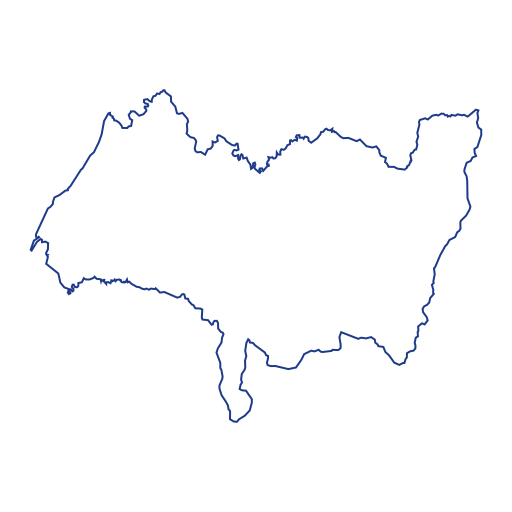 outline of López, Cauca, Colombia
{"feature_id": "7082276B33539636068872", "entity_name": "López", "entity_type": "district", "adm_level": 2, "iso_a3": "COL", "parent_name": "Colombia", "parent_adm1": "Cauca", "projection": "natural_earth1", "projection_center": [-77.202, 2.962], "detail": "fine", "context": "isolated", "style": "outline", "palette": "blue", "viewbox_px": 512, "rotation_deg": 0, "n_neighbors": 0, "source": "geoboundaries", "source_scale": "gbopen_adm2", "svg_char_len": 6049}
<svg xmlns="http://www.w3.org/2000/svg" viewBox="0 0 512 512"><path d="M478.4,110.4L475.9,109.7L467.7,116.6L464.0,114.8L461.9,115.3L457.6,114.3L455.4,115.7L451.5,114.9L450.5,116.4L449.2,115.9L447.8,116.6L447.1,115.1L445.1,115.3L443.7,113.8L441.4,113.6L438.3,115.5L436.1,114.8L432.3,115.7L427.8,119.5L425.2,118.3L419.8,120.0L419.0,122.0L419.4,124.6L417.3,132.9L418.2,136.6L416.5,141.7L417.3,144.8L416.2,149.4L414.7,149.7L412.7,152.7L411.0,153.3L410.3,155.2L411.4,160.2L410.7,160.5L410.9,161.8L410.1,162.2L409.2,164.9L407.1,166.4L407.2,167.5L404.7,169.6L397.3,168.6L394.1,166.9L388.5,166.8L387.1,163.8L385.0,162.0L385.9,157.8L380.7,155.6L379.3,152.1L379.3,150.2L376.3,146.4L372.5,147.5L366.5,146.2L359.9,139.5L356.7,141.2L348.4,137.9L343.4,138.2L340.9,137.0L335.6,132.0L334.7,132.2L333.8,131.0L332.0,131.8L332.3,128.8L330.2,130.4L327.9,130.0L326.5,128.7L325.0,129.4L323.3,131.7L320.9,132.2L320.5,134.2L317.2,138.4L311.2,142.7L308.7,140.9L308.2,137.8L306.8,136.9L305.0,136.6L303.6,138.7L302.9,137.6L299.8,137.7L299.3,134.3L298.9,135.5L296.7,135.3L295.9,137.1L297.3,138.0L296.9,140.6L294.8,139.8L292.3,141.4L291.2,140.2L290.1,140.4L289.9,144.2L287.4,145.2L285.6,148.5L283.8,149.8L281.4,149.2L280.2,151.7L280.4,154.6L278.1,154.5L276.8,152.5L276.6,156.3L275.4,158.2L273.4,158.5L272.4,157.2L270.6,157.7L268.4,157.1L269.0,159.8L267.5,161.6L266.9,163.8L267.1,164.4L268.6,164.5L268.8,165.9L267.1,166.4L263.2,170.9L262.1,168.4L259.7,168.5L259.3,169.7L260.9,171.3L259.8,172.9L255.0,168.8L254.5,167.3L255.4,164.6L254.8,162.6L253.2,163.3L252.6,167.8L251.1,168.9L250.4,164.6L247.9,161.1L246.6,157.6L243.3,158.5L242.4,154.9L241.5,154.3L240.5,155.6L239.9,159.3L238.9,160.0L238.1,158.7L238.1,155.1L235.4,156.2L233.5,155.6L232.3,153.5L233.4,150.8L234.3,149.9L236.8,150.4L238.5,149.6L237.6,143.8L236.6,143.6L235.0,145.5L232.2,145.1L226.5,141.4L224.4,138.3L219.3,135.4L218.0,135.4L217.1,137.1L217.8,140.9L215.0,142.5L212.6,141.5L212.7,145.8L210.7,148.6L207.7,149.3L205.1,154.7L200.9,152.0L197.2,152.3L195.5,151.1L194.7,148.6L196.2,141.5L195.7,140.1L194.0,138.0L190.3,137.1L186.6,133.6L187.3,130.5L186.9,124.1L188.1,121.7L187.5,118.8L182.4,112.9L179.0,113.9L177.0,113.3L175.3,106.6L171.1,101.7L170.9,96.4L165.7,92.5L164.5,90.3L163.4,90.2L162.4,91.6L160.7,92.1L159.5,94.0L157.0,93.5L155.6,95.7L153.4,96.3L151.8,99.7L151.7,101.8L149.8,101.3L147.3,99.1L144.1,99.8L143.9,102.0L145.5,103.5L147.8,104.0L148.3,105.6L147.8,106.5L144.8,106.6L144.6,107.7L146.2,109.4L146.4,110.8L143.5,114.2L139.2,115.7L134.4,111.4L130.9,111.4L130.9,112.2L128.7,114.8L130.0,118.8L132.2,120.1L131.1,126.0L128.6,126.4L127.3,128.0L122.3,127.9L121.4,125.4L119.1,122.6L116.1,120.6L114.2,120.4L113.9,118.7L112.5,117.7L112.8,116.6L109.9,114.7L110.0,112.9L108.4,113.4L104.1,121.0L101.6,134.5L99.0,141.9L93.9,152.3L90.2,155.5L82.6,168.3L80.9,169.8L70.7,185.7L67.7,189.1L67.9,190.2L65.4,190.6L59.4,195.1L54.5,197.4L52.9,202.0L52.9,203.9L50.6,206.7L47.9,208.5L36.2,233.8L35.9,235.8L36.5,237.5L37.5,238.0L38.7,236.8L39.1,237.2L33.9,240.6L30.7,249.8L31.6,250.6L36.9,241.9L40.7,239.0L41.9,239.7L42.0,242.2L45.3,241.6L48.1,243.1L47.9,249.3L46.0,253.3L46.4,254.6L47.8,254.9L47.2,255.8L47.9,256.9L46.2,263.8L58.3,273.5L60.4,282.7L64.3,287.4L68.4,288.9L68.5,291.2L67.8,292.5L68.9,294.1L70.4,293.2L69.4,291.0L69.7,289.3L70.8,289.3L72.3,291.4L73.4,290.7L73.5,289.1L71.8,286.9L72.6,284.7L73.7,284.6L75.0,287.1L77.3,287.2L78.3,285.8L78.4,283.0L81.9,282.3L83.8,278.2L85.5,279.4L89.5,279.5L93.4,278.0L94.6,276.7L96.6,278.8L100.7,279.3L101.1,281.2L101.5,280.0L103.1,281.0L103.5,279.9L104.3,279.9L104.0,281.5L106.2,283.9L106.2,282.3L108.0,282.1L110.5,283.2L111.0,281.4L111.9,281.3L111.6,280.4L114.0,280.7L114.7,279.6L115.7,281.1L116.6,279.8L119.5,279.5L120.9,280.2L120.5,280.8L121.8,282.2L123.9,282.5L124.1,281.8L125.5,282.2L127.0,279.5L127.7,282.3L129.4,281.7L131.3,283.7L136.7,286.8L139.4,287.2L142.0,288.7L144.7,289.3L146.5,288.6L149.0,289.7L150.9,288.6L155.0,289.1L155.7,288.3L160.0,292.6L164.3,292.0L177.2,297.6L180.0,296.9L182.1,294.3L183.7,294.1L184.4,294.7L185.3,298.5L188.1,298.8L188.7,301.0L192.0,304.6L193.4,305.1L195.3,308.3L200.7,308.6L202.3,309.6L201.8,317.6L202.4,319.5L208.1,320.2L211.5,324.7L212.9,324.3L213.6,321.8L214.6,320.9L216.9,320.9L218.0,323.0L218.2,328.6L220.8,331.9L222.7,332.6L223.5,334.1L222.0,338.0L221.5,342.5L217.8,348.5L216.5,352.6L220.3,362.9L220.3,368.0L221.4,370.0L222.6,376.4L222.3,378.8L219.5,385.3L219.4,388.3L221.6,395.3L225.9,401.7L228.0,405.6L228.5,409.2L230.1,411.1L230.0,419.2L233.7,421.5L236.9,421.8L239.1,419.2L244.7,415.8L249.7,410.5L251.8,402.8L251.9,399.3L246.0,390.7L241.9,390.3L239.6,389.0L240.6,384.7L242.0,382.5L241.1,379.6L241.8,373.9L244.6,369.8L245.3,367.5L245.0,360.7L246.3,356.1L245.2,350.8L246.4,342.9L248.2,339.3L249.4,340.3L249.9,342.5L252.9,342.9L255.1,345.3L265.0,352.6L266.0,355.1L268.0,355.9L268.1,358.1L266.9,362.8L267.7,365.1L270.7,366.1L275.3,366.0L288.4,369.1L296.0,367.5L301.3,359.9L304.2,354.1L311.2,350.7L314.4,351.4L318.7,349.8L320.7,351.7L322.8,352.0L331.6,350.9L332.5,349.8L337.9,350.1L339.4,349.3L340.6,348.0L340.6,344.1L339.4,337.2L341.2,332.2L358.2,338.8L361.2,337.7L365.9,338.4L371.1,337.1L374.7,339.5L375.4,342.8L377.6,344.4L378.4,346.2L383.3,346.9L385.4,352.0L389.0,355.3L394.3,362.7L399.4,364.9L402.9,363.0L404.4,363.0L405.6,359.0L406.8,357.6L407.0,353.2L410.2,351.3L413.4,350.7L415.3,348.6L415.5,345.8L414.7,342.7L415.8,337.6L417.9,336.4L417.7,331.8L418.4,330.9L418.1,326.5L422.0,323.3L424.6,324.4L427.7,320.4L426.7,317.1L423.1,312.2L422.6,308.8L424.2,306.3L427.0,304.9L429.1,302.7L430.3,297.9L433.8,293.9L433.1,292.9L433.3,289.8L431.9,284.9L433.7,283.0L433.3,281.5L434.7,274.4L434.0,268.4L435.1,267.2L440.4,254.8L445.3,246.0L447.1,244.3L449.4,240.0L455.2,237.0L457.2,232.3L459.3,230.8L460.5,228.5L460.3,222.7L460.9,220.7L466.1,215.6L469.5,209.8L470.4,206.6L467.5,198.4L467.2,180.7L466.6,176.3L464.4,172.0L464.4,169.6L466.7,162.7L470.6,161.0L472.5,157.5L476.1,156.0L474.7,153.0L474.4,149.0L477.4,147.0L481.3,135.0L481.2,129.6L478.4,127.5L476.9,122.5L478.2,118.1L477.4,113.0L478.4,110.4Z" fill="none" stroke="#1e3a8a" stroke-width="2"/></svg>